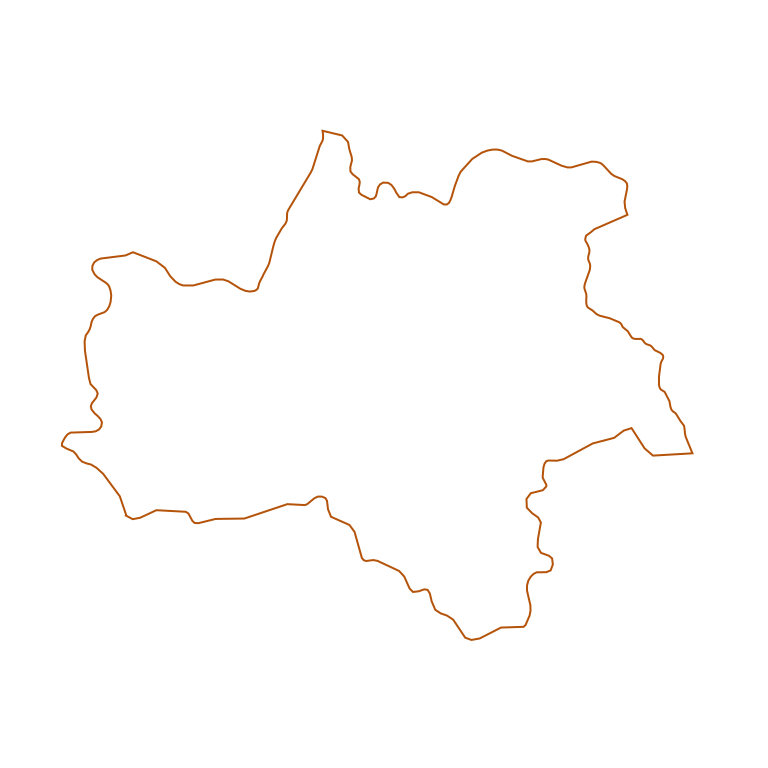 Saône-et-Loire, Mercator projection, rotated 186°
{"feature_id": "FRA-5339", "entity_name": "Saône-et-Loire", "entity_type": "Metropolitan department", "adm_level": 1, "iso_a3": "FRA", "parent_name": "France", "parent_adm1": "", "projection": "mercator", "projection_center": [4.488, 46.664], "detail": "fine", "context": "isolated", "style": "outline", "palette": "amber", "viewbox_px": 768, "rotation_deg": 186, "n_neighbors": 0, "source": "natural_earth", "source_scale": "10m", "svg_char_len": 4341}
<svg xmlns="http://www.w3.org/2000/svg" viewBox="0 0 768 768"><g transform="rotate(186 384 384)"><path d="M133.2,366.0L140.7,362.7L149.5,354.5L170.2,346.7L197.5,328.0L203.9,325.8L212.5,325.1L214.6,324.1L216.0,321.5L216.7,317.7L216.5,308.3L216.2,307.1L212.0,300.7L211.9,299.1L214.9,295.0L226.6,290.7L230.3,284.5L229.0,275.9L223.2,271.0L216.8,267.4L213.5,262.7L214.7,245.8L214.2,238.0L210.3,232.5L202.0,230.4L198.6,228.1L197.2,222.2L198.8,216.0L202.9,213.8L212.4,212.7L215.5,210.7L218.0,207.6L219.9,203.5L220.7,198.7L220.2,193.5L215.3,179.3L214.6,173.9L215.0,168.9L218.0,159.2L219.8,157.1L242.2,154.0L262.3,140.9L270.3,138.6L276.7,140.2L290.6,156.9L297.2,160.3L303.6,161.8L309.4,164.8L313.9,172.9L316.5,180.4L319.1,183.8L322.5,184.0L327.7,181.5L333.4,180.2L337.1,183.2L343.8,194.7L349.4,199.6L371.9,207.4L376.2,207.8L383.3,206.1L385.6,206.6L387.8,208.6L397.8,233.8L403.6,240.2L422.8,246.4L426.6,253.6L428.5,261.9L430.3,264.4L433.9,265.5L438.1,265.1L441.3,263.1L447.6,256.7L448.9,255.8L450.3,255.3L467.6,254.4L508.8,235.6L537.4,232.2L554.0,226.2L557.8,226.0L560.3,227.9L565.0,234.8L567.8,236.2L597.2,234.7L612.5,225.5L619.8,223.3L626.7,226.1L626.5,226.3L635.0,244.7L653.9,265.3L661.2,270.6L667.0,273.3L671.3,273.9L676.1,275.2L679.8,278.1L683.0,282.0L685.8,284.4L693.0,286.6L697.8,288.8L698.0,291.5L696.9,294.5L695.5,297.7L693.5,300.8L690.6,302.9L669.6,305.8L665.8,306.8L662.7,309.0L660.8,312.1L660.5,316.4L662.3,319.5L665.2,322.1L668.6,324.5L672.2,328.1L673.2,331.2L672.5,334.3L668.6,340.5L667.7,344.6L669.5,347.8L675.9,353.3L678.1,359.3L684.9,385.9L686.2,395.0L685.7,401.1L683.9,404.3L682.5,407.5L681.7,411.0L681.3,415.2L680.2,418.5L678.4,421.3L675.6,423.2L669.5,426.2L667.2,428.6L665.4,432.4L664.5,436.9L664.5,443.4L665.7,448.2L667.4,452.1L669.0,454.0L670.8,455.4L680.1,460.2L683.2,462.8L686.1,467.1L686.3,471.1L684.9,474.7L682.2,477.3L679.0,479.1L654.6,484.8L647.4,488.8L623.2,482.2L614.0,476.6L608.0,469.0L602.0,463.9L597.9,461.9L594.1,461.0L583.8,462.1L562.8,470.2L555.1,471.1L549.5,469.9L536.8,463.7L531.7,462.2L527.2,461.9L522.6,463.0L520.6,464.4L519.5,465.8L519.4,466.3L518.7,470.9L518.2,472.8L516.0,478.2L515.4,480.2L511.8,488.9L511.2,490.9L510.7,492.8L508.4,509.9L507.6,514.3L506.4,518.2L501.8,528.4L499.0,532.8L498.3,534.5L497.8,536.3L497.8,538.1L498.1,541.8L498.2,543.6L497.9,545.5L497.3,547.3L478.8,587.0L477.6,590.4L472.8,613.9L470.7,619.2L470.3,621.3L470.5,624.1L470.7,625.8L471.6,629.4L451.6,626.8L445.1,621.0L443.0,613.8L439.9,606.5L439.2,603.2L440.2,596.2L439.6,591.9L437.2,589.4L430.4,585.1L429.2,582.4L429.3,579.1L429.7,575.9L428.9,571.8L426.2,569.8L417.0,566.3L413.6,567.4L411.8,569.6L411.2,572.8L410.9,576.1L410.4,579.2L408.8,582.1L405.9,584.2L401.0,584.5L397.5,582.8L394.3,579.4L391.9,575.7L388.3,571.5L385.2,571.5L382.4,573.0L380.2,575.7L375.7,577.7L369.3,578.3L356.0,574.9L343.2,568.8L340.3,569.1L338.3,570.9L337.2,573.7L336.4,576.6L334.2,588.6L331.5,599.0L329.9,603.2L319.8,617.0L310.9,624.3L305.4,627.0L301.2,628.3L297.4,628.9L294.2,628.9L291.0,628.4L280.5,624.3L264.1,620.4L260.0,620.9L251.1,624.1L247.4,624.6L244.2,624.4L230.3,619.7L224.3,618.6L220.3,619.0L200.7,626.9L195.6,627.1L191.6,626.3L188.7,624.4L179.9,616.7L176.5,614.9L168.5,612.6L165.5,611.0L163.4,608.9L162.7,606.1L162.7,602.8L163.8,591.0L163.8,590.3L163.6,589.3L162.5,584.1L159.6,577.7L191.0,559.9L194.4,556.3L198.4,552.8L198.7,551.4L199.0,549.9L198.9,548.4L198.5,547.3L197.8,546.4L196.8,545.1L195.6,543.2L194.7,541.5L194.0,539.8L193.6,538.0L193.6,535.8L194.1,533.0L194.2,530.7L193.8,528.9L193.1,527.4L192.3,526.1L191.6,524.6L191.2,522.2L191.3,518.8L194.6,505.1L194.9,502.8L194.8,500.5L193.9,498.2L193.1,496.5L192.3,494.7L191.8,492.3L191.7,489.0L191.2,485.2L190.5,483.1L189.7,481.8L188.8,481.2L184.3,478.9L180.2,475.9L176.8,474.5L166.5,473.0L156.8,470.1L155.3,469.3L154.2,468.2L152.8,466.0L152.1,465.3L147.1,462.0L143.3,457.1L141.9,455.7L140.3,455.2L138.5,455.1L133.4,455.7L131.9,455.1L130.7,454.1L129.6,452.8L128.5,451.8L126.9,451.0L123.3,450.2L121.8,449.3L118.8,446.4L117.9,445.8L112.4,443.8L109.8,442.0L109.1,440.2L109.2,438.4L110.6,435.0L111.0,432.9L111.3,420.1L110.4,411.7L109.4,409.1L108.2,407.5L104.1,405.5L98.4,396.9L96.7,391.1L95.3,388.3L93.6,386.8L91.9,386.0L90.6,385.0L86.6,379.9L85.7,378.6L81.3,373.9L80.6,371.6L79.5,366.3L78.5,363.1L70.0,347.3L109.0,340.9L118.1,347.2L133.2,366.0Z" fill="none" stroke="#b45309" stroke-width="2"/></g></svg>